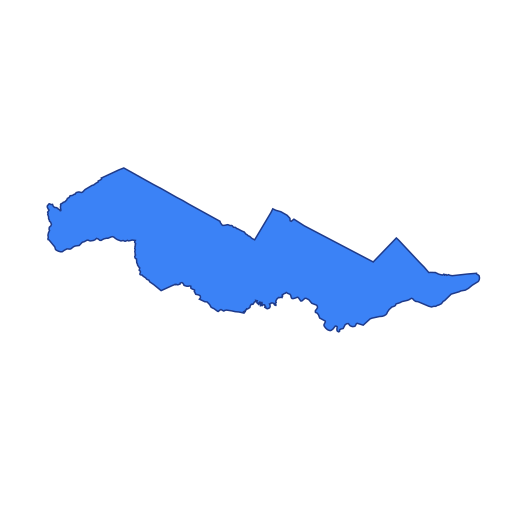 outline of Bakel, Tambacounda, Senegal, rotated 119°
{"feature_id": "50182788B16013842146029", "entity_name": "Bakel", "entity_type": "district", "adm_level": 2, "iso_a3": "SEN", "parent_name": "Senegal", "parent_adm1": "Tambacounda", "projection": "mercator", "projection_center": [-12.18, 14.211], "detail": "fine", "context": "isolated", "style": "filled", "palette": "blue", "viewbox_px": 512, "rotation_deg": 119, "n_neighbors": 0, "source": "geoboundaries", "source_scale": "gbopen_adm2", "svg_char_len": 6100}
<svg xmlns="http://www.w3.org/2000/svg" viewBox="0 0 512 512"><g transform="rotate(119 256 256)"><path d="M342.4,445.9L342.2,445.5L342.5,444.3L345.6,436.4L347.5,434.5L347.7,433.3L347.6,431.2L347.1,429.1L346.2,427.5L344.2,426.6L341.4,424.8L340.2,422.1L339.5,421.4L336.4,420.1L335.6,419.5L334.7,418.7L332.5,415.7L328.2,414.6L326.7,413.1L324.0,411.4L323.5,410.4L323.4,409.2L323.2,408.3L321.3,405.8L319.9,404.7L317.9,404.0L317.6,402.2L318.0,400.2L317.5,399.1L314.8,397.4L312.8,395.2L312.3,394.1L309.4,391.8L308.6,390.8L308.4,389.6L308.8,387.5L308.9,385.2L308.3,381.4L306.8,379.7L306.7,378.0L306.4,377.4L304.6,376.0L304.6,374.9L303.7,373.7L302.1,372.1L300.9,369.1L302.1,369.1L302.7,368.9L303.6,367.3L304.3,367.3L304.7,366.8L305.6,366.7L306.1,366.3L306.6,366.4L307.5,365.8L308.4,365.6L309.1,364.6L310.6,364.3L312.4,362.9L313.1,362.6L313.5,361.8L315.1,361.9L316.3,360.9L316.6,360.1L316.5,359.1L319.8,357.0L320.3,355.9L321.2,355.4L322.5,353.1L322.6,352.2L322.8,351.9L325.0,351.3L325.2,351.1L325.2,350.2L325.9,349.3L327.9,348.9L328.4,348.5L328.4,347.8L327.9,346.1L328.4,345.0L328.6,342.0L329.3,340.3L329.1,337.8L330.1,336.5L330.6,331.5L332.3,322.2L321.9,314.5L320.8,313.5L320.1,313.2L319.7,312.5L320.0,312.1L319.3,311.6L319.3,310.8L318.8,310.1L317.3,308.8L316.6,309.2L316.2,308.9L315.4,308.3L315.1,307.6L315.3,306.7L316.0,305.3L316.5,304.9L316.5,304.2L316.1,302.2L315.4,300.7L314.4,299.6L314.0,298.4L315.7,297.4L315.8,296.0L315.5,293.4L315.6,293.1L317.1,292.7L317.4,291.7L317.8,291.5L318.7,290.1L317.9,287.5L317.8,285.9L318.1,285.3L318.9,284.6L320.0,284.3L321.2,284.6L320.8,278.5L320.4,277.8L319.9,276.5L320.9,273.2L321.7,271.7L322.4,271.0L322.6,269.1L322.4,267.3L323.0,262.7L322.7,262.0L321.3,261.6L319.8,260.7L319.8,257.6L319.6,257.3L319.0,257.2L317.6,255.6L315.7,250.5L314.8,247.3L313.2,243.7L312.0,239.6L311.8,239.8L311.5,239.0L310.7,239.8L310.1,239.4L310.5,239.2L310.2,239.0L310.2,238.9L310.5,238.9L310.6,238.7L309.8,238.4L308.6,238.9L308.0,238.7L307.7,238.4L307.3,238.6L306.7,238.6L306.6,237.9L305.2,236.9L304.7,236.9L304.0,236.4L302.3,236.9L300.5,236.7L299.9,235.5L299.6,235.5L299.3,235.1L297.2,235.1L296.5,234.7L296.2,234.2L295.4,234.5L295.0,234.8L294.9,234.2L295.3,234.0L295.3,233.7L294.7,233.8L294.5,233.2L295.0,233.2L296.0,232.9L296.0,232.7L296.6,232.2L296.7,231.8L296.2,231.1L296.6,231.1L297.1,230.4L296.3,230.1L295.6,230.2L295.4,229.9L294.8,230.1L294.8,230.6L294.6,230.6L294.3,229.8L294.5,229.3L293.8,228.3L294.0,228.1L294.5,228.2L294.5,227.7L294.9,227.5L295.1,227.9L294.9,228.8L295.2,229.0L295.3,228.4L296.0,228.6L296.0,228.2L295.6,228.1L295.8,227.8L296.7,228.0L296.6,228.3L296.3,228.3L296.2,228.9L297.4,228.0L297.1,227.6L296.5,227.5L296.3,226.4L295.1,226.0L294.6,225.1L294.6,224.7L295.0,224.4L295.1,224.0L295.5,223.7L295.6,223.3L296.2,223.6L296.6,223.5L296.6,222.8L296.3,222.6L296.8,221.7L296.7,220.6L295.5,219.4L294.6,219.0L293.5,219.1L292.6,219.6L291.4,220.9L290.8,220.2L290.2,219.9L289.8,220.0L289.2,219.2L288.9,217.7L289.8,216.0L289.6,214.7L289.3,214.7L288.7,215.2L289.1,216.0L288.4,216.4L287.0,215.8L286.6,215.9L286.3,216.6L285.8,216.9L283.0,216.8L281.1,215.9L281.1,215.3L280.2,214.3L279.7,213.1L279.1,213.5L278.7,213.2L278.1,213.3L277.5,214.2L277.1,214.2L276.6,213.7L275.8,213.5L274.2,212.2L273.2,211.9L273.3,210.0L273.0,207.7L273.5,206.7L275.4,204.8L275.7,203.9L275.4,203.0L274.0,201.5L272.1,199.9L271.8,199.4L272.1,198.2L273.6,195.2L273.6,194.8L272.9,194.0L269.3,192.7L268.7,191.5L268.6,188.6L270.3,184.3L269.6,179.1L270.2,178.0L271.5,177.1L273.7,177.3L274.8,177.6L276.2,177.0L276.5,176.6L276.3,174.8L277.1,172.9L279.4,170.2L279.3,164.0L280.0,163.4L282.5,163.3L283.5,163.1L284.4,162.1L285.3,160.0L285.8,157.8L285.6,156.1L285.3,154.9L284.4,154.1L282.6,153.3L278.9,152.7L278.5,152.0L278.4,151.0L278.6,150.6L280.6,149.9L281.8,149.1L282.3,148.4L282.3,147.0L281.5,146.4L280.0,147.0L279.6,146.9L278.7,146.3L277.1,144.6L272.9,144.7L271.2,143.8L270.3,142.4L271.3,140.2L271.3,138.7L270.9,137.1L269.6,135.5L268.9,135.3L266.7,135.4L265.8,134.9L264.5,128.7L255.6,125.7L254.0,124.3L249.1,118.7L247.6,116.4L246.1,115.0L244.4,114.0L243.1,113.7L240.7,113.9L239.5,113.6L238.5,113.7L236.0,112.8L235.1,112.7L232.7,110.6L231.7,110.1L230.4,110.3L229.8,110.1L227.2,107.6L225.1,106.2L221.3,102.0L220.1,101.0L217.7,99.6L217.4,98.3L218.1,96.4L218.3,94.4L217.4,92.1L216.2,80.7L215.5,77.8L213.9,76.2L212.9,74.4L211.3,73.5L210.3,72.4L207.8,70.7L204.9,70.3L203.5,69.4L194.7,66.8L188.7,60.9L187.3,60.0L184.4,56.4L181.3,54.5L176.7,52.7L170.8,49.4L170.0,49.2L168.4,49.3L166.8,49.9L165.2,51.2L164.8,52.9L164.8,54.3L164.6,54.8L164.3,54.9L169.3,62.4L178.1,74.8L178.9,77.1L179.0,78.6L180.4,79.7L180.2,80.3L180.1,80.9L181.3,81.8L180.8,82.4L180.8,82.9L182.1,83.5L182.4,84.0L183.4,87.8L183.3,88.5L183.5,90.1L183.4,90.9L185.7,95.4L186.7,96.9L184.2,103.5L182.3,110.0L172.9,139.1L172.2,142.0L204.4,150.6L206.2,228.4L205.4,240.7L208.6,242.0L208.6,243.3L206.6,244.6L205.3,248.5L205.2,255.6L206.4,260.8L206.6,264.2L210.8,264.0L242.5,265.0L242.6,268.1L241.9,271.0L242.1,272.7L241.7,274.1L241.7,275.6L240.7,277.9L241.0,280.5L241.1,285.5L241.4,286.3L241.0,287.4L241.0,288.0L241.8,289.6L241.1,291.4L241.2,292.2L242.0,293.6L242.1,295.1L242.4,296.1L244.2,298.1L245.4,299.9L245.3,300.8L244.2,303.2L243.1,304.4L243.2,340.1L243.0,346.8L243.2,353.7L243.0,370.4L243.2,380.6L243.1,414.3L247.3,417.8L262.8,429.1L263.3,428.4L264.7,428.8L266.9,430.4L267.7,429.9L270.2,431.4L272.7,432.5L273.7,433.6L280.7,437.7L284.3,438.7L285.2,439.6L285.8,441.9L286.6,442.9L287.7,444.0L289.8,444.3L290.1,444.9L292.1,446.0L293.4,447.8L295.4,447.8L297.1,448.9L298.5,448.7L301.2,449.4L302.6,450.7L303.5,450.8L304.9,451.9L305.8,451.9L306.4,451.3L308.0,450.8L310.6,448.8L311.1,448.8L311.3,449.3L310.8,450.2L310.8,451.9L310.4,452.5L310.5,454.3L311.2,455.7L310.7,457.6L309.5,459.0L310.4,460.2L310.4,461.7L310.7,462.3L313.3,462.8L314.3,462.4L315.7,460.5L316.1,459.4L316.6,459.2L318.7,459.5L319.5,458.5L320.5,458.4L322.4,456.3L323.5,455.8L324.4,454.9L324.5,454.4L325.6,453.6L326.0,452.1L327.4,450.3L329.0,450.0L331.1,450.7L332.9,450.0L333.8,448.9L336.2,448.8L338.6,448.1L340.4,446.7L341.7,446.4L342.4,445.9Z" fill="#3b82f6" stroke="#1e3a8a" stroke-width="1.5"/></g></svg>